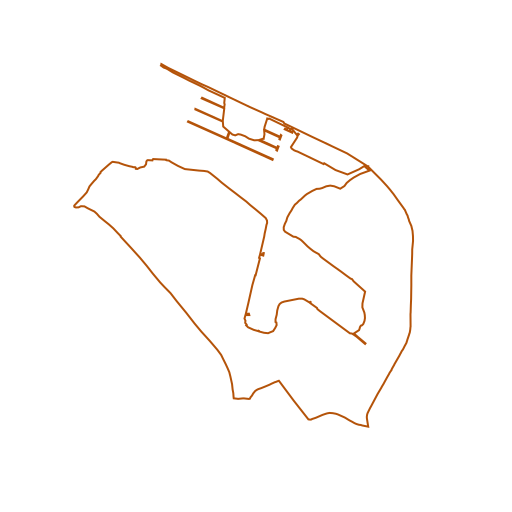 the district of Rodney Bay, Gros Islet, Saint Lucia, rotated 300°
{"feature_id": "8701671B61329229942409", "entity_name": "Rodney Bay", "entity_type": "district", "adm_level": 2, "iso_a3": "LCA", "parent_name": "Saint Lucia", "parent_adm1": "Gros Islet", "projection": "equal_earth", "projection_center": [-60.952, 14.073], "detail": "fine", "context": "isolated", "style": "outline", "palette": "amber", "viewbox_px": 512, "rotation_deg": 300, "n_neighbors": 0, "source": "geoboundaries", "source_scale": "gbopen_adm2", "svg_char_len": 6123}
<svg xmlns="http://www.w3.org/2000/svg" viewBox="0 0 512 512"><g transform="rotate(300 256 256)"><path d="M374.9,78.1L373.8,78.5L373.4,78.5L373.4,79.0L373.1,81.0L373.1,82.5L373.4,83.3L373.6,86.0L373.4,92.1L374.0,101.2L374.2,104.2L374.5,110.6L374.9,115.3L375.4,121.9L375.6,126.3L375.7,132.0L377.3,149.9L372.6,152.0L371.7,153.0L368.4,154.3L366.1,130.2L365.3,130.2L366.3,139.1L368.0,154.7L356.1,159.8L353.1,130.0L352.6,130.2L355.8,160.1L351.7,162.9L350.2,170.6L343.1,171.8L338.8,130.0L338.2,130.0L342.6,172.4L347.5,222.2L348.3,222.1L343.3,172.6L350.1,171.2L349.4,174.8L350.1,177.7L352.6,179.6L353.5,182.0L354.3,186.8L354.1,191.2L355.3,196.6L357.4,199.9L359.6,220.3L357.9,220.6L357.8,221.5L362.1,220.8L362.0,220.0L360.2,220.3L358.4,201.0L361.2,203.6L361.3,204.0L365.6,202.5L368.9,200.2L370.6,217.5L368.9,217.8L368.9,218.4L373.1,217.7L373.2,217.0L371.3,217.3L369.6,199.9L372.0,198.9L380.7,197.0L380.8,198.1L381.6,198.6L383.2,220.4L382.9,220.6L382.6,219.5L380.9,219.4L380.7,217.5L380.1,217.5L380.9,225.7L381.5,225.5L381.3,222.8L383.1,222.1L383.7,223.0L383.7,224.5L381.4,230.6L383.0,231.2L382.9,232.2L381.1,231.9L379.1,232.4L367.8,231.8L366.9,233.1L366.6,236.3L366.9,238.5L367.2,239.6L369.4,268.6L370.4,268.7L370.2,281.9L372.4,294.5L382.6,301.9L388.0,304.8L386.7,311.6L379.1,305.2L372.8,301.4L368.8,299.5L364.6,298.0L360.8,297.6L356.4,295.3L355.5,288.9L354.1,285.1L351.5,282.0L347.9,279.3L346.1,277.5L344.4,274.9L340.5,272.2L337.5,270.5L335.1,269.1L332.9,268.2L327.3,266.5L325.5,265.7L322.3,264.9L319.9,264.0L316.0,263.8L313.1,263.9L310.0,263.7L305.5,263.8L304.3,264.0L301.6,264.7L298.3,264.9L294.8,265.6L292.5,267.0L291.6,269.0L291.4,278.7L292.4,280.9L292.4,282.6L292.5,285.2L292.3,287.3L291.8,289.5L290.1,295.8L289.5,299.1L288.9,303.3L288.9,306.3L289.0,308.1L288.9,309.9L288.3,310.9L287.7,312.7L287.3,315.5L286.6,321.9L285.9,328.2L285.1,336.8L284.3,343.5L283.7,349.2L284.0,350.7L282.9,353.2L279.7,368.3L268.2,371.9L264.7,373.8L262.5,376.5L261.2,378.1L259.3,379.7L256.7,381.4L254.1,382.4L251.5,382.8L250.6,382.9L248.9,382.4L248.1,381.6L246.3,381.6L245.0,382.0L243.3,382.3L238.0,379.6L237.5,381.2L236.7,385.3L236.0,389.4L235.1,394.5L234.4,394.4L236.4,383.6L236.7,380.3L236.8,377.8L236.0,376.0L240.2,339.0L240.7,335.8L241.1,335.2L241.5,334.8L242.3,326.7L243.4,326.4L243.4,325.9L242.5,325.7L242.6,319.6L242.2,317.5L240.6,314.6L230.7,303.3L228.5,301.4L226.3,300.5L223.8,300.5L219.5,301.6L215.5,303.3L211.1,304.5L208.6,305.9L208.6,306.9L206.5,308.4L203.5,308.6L199.5,308.4L197.0,306.4L195.2,305.1L193.5,301.3L192.2,296.5L192.6,296.1L192.5,295.4L192.0,295.3L190.9,290.9L190.3,284.8L191.0,282.2L191.7,282.4L192.1,281.7L192.7,280.1L193.7,279.6L194.6,279.3L196.1,277.3L199.6,276.4L201.5,279.7L202.5,278.7L200.8,276.1L211.1,273.0L229.0,267.4L238.9,264.9L239.1,265.3L255.9,260.6L255.9,259.6L259.2,258.8L260.0,262.1L262.4,261.3L262.2,260.8L260.6,261.2L260.1,258.5L270.0,255.5L276.9,253.4L280.0,252.2L284.2,250.9L288.2,249.5L290.2,249.1L292.2,247.8L293.7,245.5L295.0,238.9L296.2,232.0L297.2,225.6L298.3,220.4L299.2,213.2L300.1,206.7L301.1,198.7L302.4,189.6L303.5,184.0L304.9,174.7L305.0,171.9L303.6,168.3L301.5,164.0L298.4,157.0L295.7,150.9L295.0,143.3L294.9,135.8L295.1,132.9L294.2,130.7L294.0,129.7L293.6,129.6L294.2,129.5L288.6,118.6L288.2,118.3L287.0,118.5L284.9,114.3L284.3,113.9L283.1,113.8L280.4,114.9L277.5,114.5L274.8,111.5L272.0,109.7L271.4,108.3L272.4,107.6L272.5,107.0L271.5,105.3L271.4,104.3L270.4,101.3L269.1,96.2L268.3,91.8L268.2,90.5L267.6,89.1L265.9,84.8L265.1,84.2L261.4,82.8L252.8,79.9L250.9,79.4L250.2,79.8L247.7,79.2L246.2,79.3L242.4,78.9L240.3,78.3L236.1,77.5L233.0,77.0L229.6,77.4L226.4,77.6L221.2,76.5L215.8,75.1L213.1,74.4L209.3,73.5L208.4,73.5L207.7,74.3L208.0,75.8L209.4,78.0L211.6,79.5L213.2,82.6L213.2,86.2L213.4,89.5L213.7,93.8L213.0,97.1L211.7,100.8L210.6,107.5L209.8,112.8L208.6,118.6L206.7,124.9L205.6,128.9L205.1,129.1L200.4,144.2L196.5,156.3L192.8,166.4L189.2,175.3L185.2,186.2L183.3,192.5L181.1,200.5L177.2,210.0L171.9,224.1L166.8,236.6L163.2,246.4L159.3,258.6L155.5,269.3L152.9,275.3L150.4,279.0L147.3,283.7L144.7,287.4L142.0,291.0L138.8,294.1L133.1,299.3L128.7,302.5L125.9,304.9L122.5,307.2L121.6,307.9L123.0,311.1L123.3,311.9L126.1,315.8L126.6,316.6L128.6,321.2L128.8,321.5L129.5,322.1L129.9,322.0L130.8,321.9L133.1,322.3L135.6,322.3L138.7,322.8L140.4,323.6L141.8,324.5L144.2,326.6L147.4,329.1L151.2,332.0L153.2,333.3L155.1,334.7L155.9,335.2L156.8,336.1L158.1,337.1L159.2,338.0L159.4,338.2L149.5,361.2L140.7,383.1L140.9,383.5L141.1,384.1L141.3,384.5L141.8,385.4L142.5,385.9L142.8,386.0L145.0,388.0L146.2,389.0L151.6,393.0L154.0,395.1L155.3,396.3L156.9,398.2L157.6,399.7L158.2,400.9L159.3,404.0L159.7,405.9L159.9,407.7L160.5,413.5L160.5,414.8L160.4,417.9L160.4,420.1L160.5,421.7L160.5,424.6L160.6,426.0L160.8,427.3L161.3,429.5L162.0,431.1L162.2,431.9L162.3,432.6L162.4,432.9L164.3,438.5L170.0,433.9L171.0,433.1L172.1,432.4L172.8,432.1L174.3,431.5L175.7,431.2L178.6,431.0L181.6,430.8L182.0,430.8L183.1,430.8L194.5,430.4L197.5,430.3L205.2,430.4L205.5,430.3L208.6,430.4L212.0,430.3L217.1,430.2L217.7,430.2L220.7,430.2L221.1,430.1L223.2,430.2L224.9,430.4L225.2,430.2L227.3,430.1L228.0,430.1L230.9,430.1L231.3,430.0L233.7,430.0L234.3,430.0L241.5,430.0L243.0,429.9L244.9,429.9L245.6,429.8L246.8,429.8L247.8,429.9L248.2,430.0L250.6,429.9L251.8,429.8L256.2,429.7L257.1,429.4L258.3,429.2L258.9,429.0L263.4,428.1L264.0,428.0L264.5,427.9L264.9,427.7L265.3,427.7L266.7,427.4L269.1,426.5L271.7,425.3L272.1,425.2L283.0,418.8L284.3,418.2L291.2,414.5L296.2,411.9L308.4,405.1L316.7,400.3L333.3,391.6L336.1,390.1L339.8,388.0L345.1,385.6L347.5,384.5L351.7,382.0L354.7,379.9L356.0,379.0L358.0,377.1L359.7,375.5L363.0,371.0L364.1,370.0L365.4,368.4L366.8,367.0L367.6,365.6L370.5,361.7L370.7,360.9L371.3,359.8L375.3,350.8L378.4,344.1L379.4,341.5L380.3,339.3L382.0,334.6L383.8,328.9L384.7,326.0L389.4,308.5L389.8,308.3L389.5,307.9L389.9,297.3L390.3,286.0L390.4,283.6L387.8,251.7L389.0,265.7L387.2,244.5L385.6,222.9L385.1,216.4L384.9,214.3L385.8,212.7L383.6,193.0L383.3,189.2L381.9,175.9L380.1,152.9L378.4,130.1L377.7,123.8L377.0,115.0L376.0,100.0L375.0,86.0L374.9,78.1Z" fill="none" stroke="#b45309" stroke-width="2"/></g></svg>